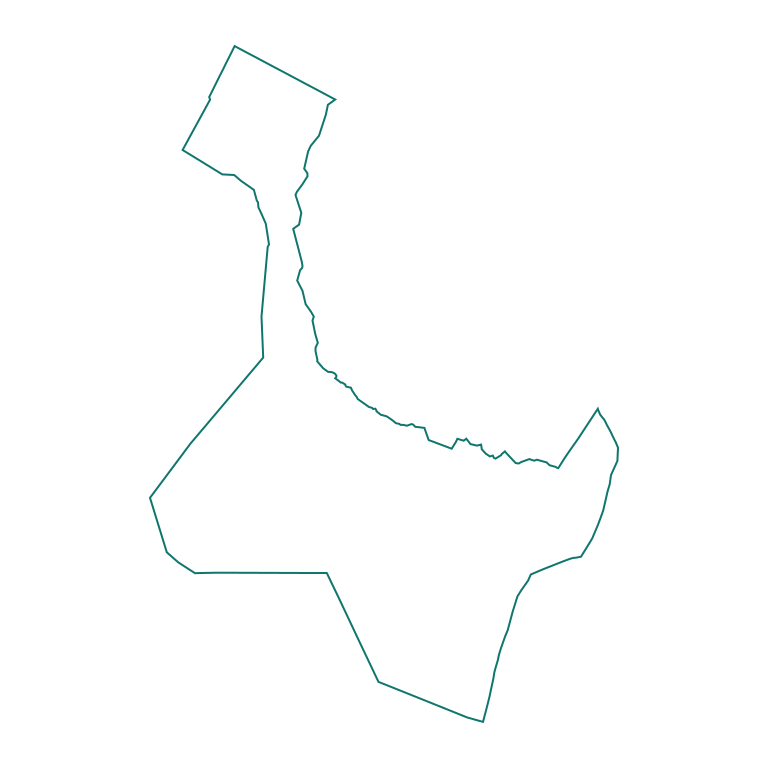 Aldama, Chiapas, Mexico (orthographic projection)
{"feature_id": "50627088B76815062808044", "entity_name": "Aldama", "entity_type": "district", "adm_level": 2, "iso_a3": "MEX", "parent_name": "Mexico", "parent_adm1": "Chiapas", "projection": "orthographic", "projection_center": [-92.681, 16.932], "detail": "fine", "context": "isolated", "style": "outline", "palette": "teal", "viewbox_px": 768, "rotation_deg": 0, "n_neighbors": 0, "source": "geoboundaries", "source_scale": "gbopen_adm2", "svg_char_len": 2756}
<svg xmlns="http://www.w3.org/2000/svg" viewBox="0 0 768 768"><path d="M234.6,46.1L231.1,53.2L226.2,62.9L223.4,68.7L219.1,77.1L216.0,83.4L214.5,86.4L209.2,97.1L210.1,99.6L182.6,150.0L222.3,174.4L234.2,175.0L240.7,180.6L253.9,189.9L256.8,200.6L258.0,202.3L258.4,207.3L261.1,213.0L265.8,223.7L269.0,244.5L267.7,246.8L261.5,316.6L263.2,357.6L189.8,444.4L189.5,444.9L150.0,497.8L166.8,552.3L178.2,562.3L184.5,566.4L195.0,573.2L201.2,573.0L217.4,572.7L309.2,573.0L326.8,573.0L339.1,598.6L351.5,624.9L357.9,638.5L378.5,681.9L422.3,699.4L467.0,717.4L483.0,721.9L486.4,709.0L487.7,703.9L489.5,696.7L490.8,690.5L493.4,678.4L494.4,672.1L496.0,666.3L497.9,660.0L498.8,655.4L499.3,653.6L501.1,647.8L505.2,636.2L507.7,630.2L508.1,628.7L512.5,612.3L512.6,611.9L512.8,611.3L517.4,596.5L521.1,590.5L528.1,580.6L530.8,574.5L540.6,570.3L544.5,568.7L558.2,563.3L564.1,561.0L570.1,558.8L573.2,557.9L576.0,557.7L581.0,556.7L589.8,542.5L592.5,537.9L593.4,535.6L597.9,525.0L601.0,516.7L603.2,510.5L605.3,501.4L607.6,491.3L609.7,484.3L611.0,475.1L617.4,460.9L618.0,447.7L615.6,441.9L614.6,440.1L613.9,438.7L613.3,437.4L612.6,436.0L612.0,434.7L611.3,433.1L610.5,431.6L609.7,430.0L608.8,428.4L607.6,426.3L606.8,424.8L606.2,423.5L605.7,422.4L604.8,420.8L604.0,419.3L602.9,418.1L601.9,416.9L601.1,415.8L600.2,414.7L599.7,413.5L599.2,412.4L598.0,409.5L597.8,408.8L578.2,438.6L568.7,452.1L568.5,452.4L564.9,457.7L558.3,468.1L557.1,467.8L555.3,466.8L549.5,465.2L546.6,462.4L536.8,459.7L534.2,460.7L529.3,459.1L521.3,462.0L518.7,463.5L517.3,463.3L515.6,463.0L505.3,452.0L504.9,451.4L501.7,454.1L501.1,455.2L495.5,458.6L494.0,458.0L492.8,455.6L489.8,456.4L486.8,454.3L486.0,453.9L481.8,449.3L481.1,444.6L476.9,445.6L474.3,445.0L470.5,444.1L466.3,438.7L463.7,440.7L463.2,440.4L462.7,440.4L457.4,438.8L456.0,441.7L455.7,442.3L451.7,448.7L429.1,440.2L428.6,439.9L424.4,427.9L419.7,427.3L415.3,426.8L413.0,424.5L411.5,424.1L406.9,425.7L403.4,424.9L400.5,424.9L399.4,423.9L396.0,423.2L393.5,421.2L392.5,420.3L386.8,416.4L380.7,414.7L376.5,411.3L376.4,410.3L375.3,408.7L373.1,409.0L372.0,407.8L369.0,407.0L357.8,399.1L356.4,396.5L355.0,394.9L352.0,390.3L350.9,387.7L346.4,386.7L345.5,385.7L345.3,384.5L342.1,382.6L340.6,382.5L339.7,381.6L335.2,378.3L336.4,376.7L336.4,375.5L335.0,373.7L333.2,372.7L331.9,372.2L329.7,371.9L328.1,371.9L323.2,368.3L317.2,361.3L317.4,359.9L315.5,351.0L315.6,347.5L317.8,342.8L315.2,333.8L312.5,320.5L313.8,316.7L311.1,311.9L309.1,309.0L305.7,304.3L302.5,290.8L297.2,280.6L300.1,270.2L302.1,268.0L302.5,266.1L301.8,261.8L293.2,228.8L299.1,224.6L301.3,212.8L295.5,195.0L296.9,191.8L302.7,183.9L307.5,176.3L307.4,173.2L304.2,168.7L308.1,151.5L310.8,145.7L319.0,135.7L325.9,114.5L327.9,104.8L335.2,99.5L234.6,46.1Z" fill="none" stroke="#0f766e" stroke-width="2"/></svg>